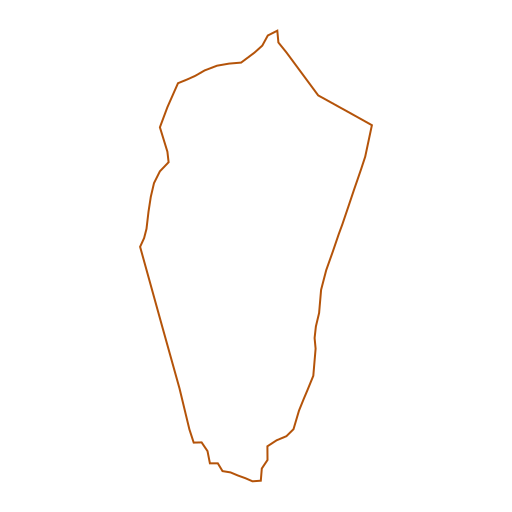 outline of São Miguel de Taipu, Paraíba, Brazil
{"feature_id": "56859067B70917527090228", "entity_name": "São Miguel de Taipu", "entity_type": "district", "adm_level": 2, "iso_a3": "BRA", "parent_name": "Brazil", "parent_adm1": "Paraíba", "projection": "equal_earth", "projection_center": [-35.197, -7.244], "detail": "fine", "context": "isolated", "style": "outline", "palette": "amber", "viewbox_px": 512, "rotation_deg": 0, "n_neighbors": 0, "source": "geoboundaries", "source_scale": "gbopen_adm2", "svg_char_len": 916}
<svg xmlns="http://www.w3.org/2000/svg" viewBox="0 0 512 512"><path d="M277.3,30.7L267.8,35.5L262.3,45.6L254.5,52.6L241.1,62.6L229.1,63.6L217.0,65.7L204.7,70.4L195.3,75.8L187.1,79.5L178.0,83.2L167.4,107.2L159.9,127.3L164.6,142.6L167.4,151.7L168.6,162.2L159.9,171.3L154.0,183.1L150.8,196.8L148.5,211.7L146.5,228.8L144.1,238.1L140.1,246.8L161.9,325.4L179.5,388.4L189.4,429.4L193.7,442.6L201.6,442.4L207.5,451.1L209.9,463.3L217.8,463.3L222.5,471.1L230.5,472.4L237.9,475.5L245.4,478.2L252.5,481.3L260.8,480.7L261.8,468.5L267.5,460.0L267.4,446.3L276.6,440.3L286.4,436.2L293.5,429.2L299.0,410.6L303.7,399.0L307.3,390.5L313.3,375.8L315.6,348.7L314.6,338.0L315.9,326.4L319.1,313.0L321.1,289.8L326.2,270.2L332.8,251.6L338.8,234.0L342.3,224.5L348.6,205.9L354.1,189.5L357.8,178.8L361.2,168.9L365.2,156.7L371.9,125.2L354.9,115.7L318.2,95.4L286.4,52.4L278.4,42.5L277.3,30.7Z" fill="none" stroke="#b45309" stroke-width="2"/></svg>